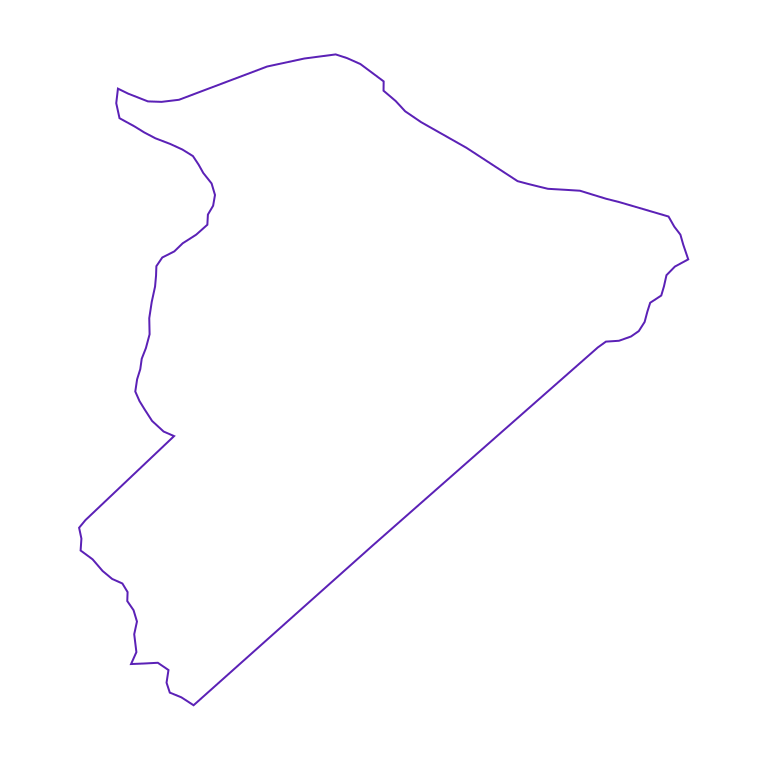 Aguiarnópolis, Tocantins, Brazil, rotated 272°
{"feature_id": "56859067B74205532549606", "entity_name": "Aguiarnópolis", "entity_type": "district", "adm_level": 2, "iso_a3": "BRA", "parent_name": "Brazil", "parent_adm1": "Tocantins", "projection": "natural_earth1", "projection_center": [-47.503, -6.502], "detail": "fine", "context": "isolated", "style": "outline", "palette": "violet", "viewbox_px": 768, "rotation_deg": 272, "n_neighbors": 0, "source": "geoboundaries", "source_scale": "gbopen_adm2", "svg_char_len": 1389}
<svg xmlns="http://www.w3.org/2000/svg" viewBox="0 0 768 768"><g transform="rotate(272 384 384)"><path d="M669.9,107.8L655.3,106.6L640.4,110.4L632.7,125.7L627.1,135.5L621.6,146.9L616.5,161.8L611.3,174.3L605.1,185.1L596.7,191.1L588.6,196.0L578.4,204.7L567.0,208.5L556.2,207.0L547.2,202.1L537.0,201.9L526.7,191.1L517.6,177.9L509.2,169.8L502.7,158.0L493.8,152.4L484.4,152.4L473.4,151.8L457.9,149.0L441.6,147.1L425.5,148.0L411.6,144.8L400.8,141.0L390.3,139.9L380.1,137.1L367.8,135.7L358.3,140.3L349.9,145.9L339.0,153.5L328.8,165.4L324.6,176.0L237.6,90.4L229.7,84.3L218.9,87.0L207.0,86.6L198.6,98.9L187.3,109.3L179.7,119.1L175.5,129.5L167.1,135.0L158.1,135.0L149.2,141.6L138.0,145.4L125.2,143.1L107.4,145.9L95.3,141.0L96.3,154.1L97.5,167.7L90.6,178.6L77.9,177.1L68.1,180.7L63.8,192.4L56.3,204.9L156.7,309.8L222.1,378.2L428.0,596.4L434.1,604.3L435.4,617.3L440.1,629.2L445.8,636.8L455.1,642.3L465.6,644.7L474.5,647.2L482.1,658.0L491.4,660.4L502.6,662.5L511.5,670.6L519.2,683.7L533.7,678.2L543.6,675.0L551.4,668.6L561.3,662.5L565.5,646.1L574.0,612.8L576.9,599.4L580.6,585.6L584.0,573.1L584.4,558.4L584.8,541.0L586.8,531.3L589.0,520.9L591.4,510.4L622.9,458.2L647.0,411.9L657.3,395.6L667.2,385.8L677.1,373.3L686.4,373.1L702.9,349.3L708.4,335.7L711.7,324.2L706.5,293.0L697.2,256.1L660.9,169.2L658.2,151.8L658.2,138.2L665.2,118.3L669.9,107.8Z" fill="none" stroke="#5b21b6" stroke-width="2"/></g></svg>